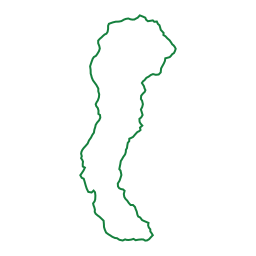 the district of Leoberto Leal, Santa Catarina, Brazil
{"feature_id": "56859067B74012880326604", "entity_name": "Leoberto Leal", "entity_type": "district", "adm_level": 2, "iso_a3": "BRA", "parent_name": "Brazil", "parent_adm1": "Santa Catarina", "projection": "robinson", "projection_center": [-49.253, -27.488], "detail": "fine", "context": "isolated", "style": "outline", "palette": "green", "viewbox_px": 256, "rotation_deg": 0, "n_neighbors": 0, "source": "geoboundaries", "source_scale": "gbopen_adm2", "svg_char_len": 2906}
<svg xmlns="http://www.w3.org/2000/svg" viewBox="0 0 256 256"><path d="M152.8,235.2L151.6,233.2L150.3,231.4L150.3,229.3L148.8,227.5L148.1,225.2L148.5,222.9L146.4,222.0L144.3,221.1L142.1,220.1L140.2,217.5L138.2,216.5L137.4,214.7L136.7,211.5L135.6,209.0L135.0,207.0L133.0,205.0L130.6,205.0L128.8,203.0L127.2,200.6L125.5,198.9L124.3,196.9L123.8,194.0L124.6,190.8L123.0,189.4L121.1,189.1L119.2,188.2L118.0,186.4L117.8,183.5L119.6,180.6L120.6,177.6L121.4,175.0L121.0,172.9L120.5,170.6L119.3,169.1L119.8,166.6L120.3,164.2L120.8,161.1L122.0,159.2L123.3,156.9L125.1,154.4L125.8,152.0L125.9,149.9L127.0,148.0L127.3,145.5L127.8,142.8L129.2,141.2L129.3,138.7L131.2,137.9L133.1,136.9L134.5,135.2L135.9,133.6L137.4,132.0L139.0,131.3L140.5,130.0L140.0,127.6L142.3,125.6L140.5,123.5L139.6,121.8L139.4,118.9L141.2,117.4L142.6,115.0L141.7,112.0L140.9,109.5L142.2,107.0L142.9,104.2L142.1,100.8L140.9,99.0L141.2,95.7L143.0,93.5L144.7,91.9L145.4,90.1L144.5,88.3L144.0,86.3L143.0,84.7L141.9,83.0L143.0,81.3L144.5,80.2L146.4,77.8L148.7,76.6L150.8,75.0L153.0,74.1L155.8,74.8L158.7,74.5L160.7,72.4L161.1,68.4L162.4,66.0L163.8,63.5L164.9,61.0L165.3,58.3L168.1,57.6L169.7,57.1L171.0,55.8L172.2,54.2L173.9,53.1L174.9,51.2L175.7,48.8L174.8,47.0L173.6,45.4L172.2,44.3L171.2,42.6L169.6,40.3L167.3,38.3L165.5,36.3L163.4,35.0L163.6,32.9L162.2,31.4L160.8,29.9L160.2,27.7L159.5,25.3L157.9,23.9L156.8,21.5L154.3,21.8L152.8,20.4L150.5,20.8L147.9,21.2L146.1,19.7L145.3,17.7L142.9,16.6L139.8,15.4L137.7,17.7L136.1,18.5L134.4,19.5L132.4,19.6L130.5,19.3L128.3,18.5L125.9,18.9L124.0,19.6L121.4,21.1L118.8,21.6L115.7,21.7L112.8,22.4L111.1,23.0L108.9,23.8L108.1,25.8L108.1,28.9L107.6,31.8L106.4,33.7L104.6,34.5L102.9,36.0L101.5,37.4L99.8,38.8L98.2,40.6L98.2,43.3L99.3,46.0L99.8,48.5L99.0,51.1L97.4,53.8L96.0,55.8L93.8,57.1L92.7,58.8L91.5,62.0L90.1,66.3L90.6,69.8L90.7,73.6L91.3,75.6L91.8,77.6L93.0,80.4L94.4,82.3L96.3,84.9L98.3,88.5L98.3,91.3L99.2,94.3L98.9,97.4L97.8,100.5L96.7,102.1L95.7,104.2L96.3,106.2L97.8,108.1L98.5,110.6L98.4,113.9L100.0,115.0L100.3,117.7L99.2,120.2L97.1,122.6L95.7,124.9L95.2,127.2L94.4,129.6L93.9,132.7L92.4,134.8L91.0,137.6L89.0,140.4L87.7,143.5L85.3,146.3L83.8,147.9L82.4,149.8L81.5,151.7L81.1,153.7L81.8,156.2L81.1,158.2L82.2,159.8L83.0,161.6L82.7,164.0L82.8,166.5L84.9,167.6L83.6,170.4L81.9,173.0L80.3,175.2L81.7,177.8L83.7,178.7L84.4,180.9L85.0,183.0L85.7,185.5L86.7,188.6L88.3,191.9L91.6,192.5L93.6,190.6L95.0,192.3L95.4,195.5L95.2,199.4L94.6,201.3L93.1,203.4L93.5,205.3L94.3,207.3L94.9,209.7L94.7,211.8L95.6,213.7L97.7,215.5L99.4,216.7L101.0,218.2L103.6,220.7L103.9,224.3L104.0,227.0L104.8,229.6L106.1,232.6L108.4,234.3L110.4,235.5L112.3,236.8L115.0,238.0L117.0,238.2L119.4,239.8L122.7,240.5L125.1,239.4L126.7,239.9L128.5,240.0L131.3,239.6L133.5,238.9L135.6,240.2L138.3,239.7L141.5,239.4L143.4,239.5L145.2,240.6L147.1,240.4L149.1,239.2L150.8,237.3L152.8,235.2Z" fill="none" stroke="#15803d" stroke-width="2"/></svg>